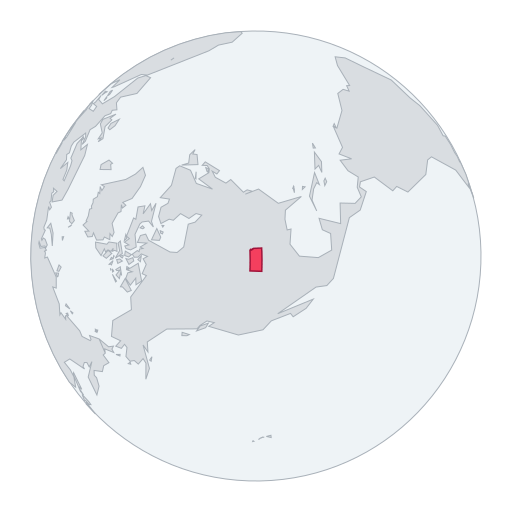 Kansas highlighted on a globe, orthographic projection, rotated 269°
{"feature_id": "USA-3530", "entity_name": "Kansas", "entity_type": "State", "adm_level": 1, "iso_a3": "USA", "parent_name": "United States of America", "parent_adm1": "", "projection": "orthographic", "projection_center": [-97.125, 38.5], "detail": "fine", "context": "on_globe", "style": "filled", "palette": "rose", "viewbox_px": 512, "rotation_deg": 269, "n_neighbors": 0, "source": "natural_earth", "source_scale": "10m", "svg_char_len": 11135}
<svg xmlns="http://www.w3.org/2000/svg" viewBox="0 0 512 512"><g transform="rotate(269 256 256)"><circle cx="256" cy="256" r="225" fill="#eef3f6" stroke="#a8b0b8"/><path d="M310.0,474.7L310.6,474.6L316.1,473.0L312.6,473.8L324.8,469.2L319.6,471.0L327.7,465.0L338.4,457.2L352.1,433.2L349.1,429.3L334.5,427.2L317.3,409.0L323.1,397.9L318.8,393.9L332.9,375.7L328.4,361.7L323.2,360.7L318.5,367.4L300.1,361.0L292.7,350.0L232.2,333.0L225.2,326.3L223.9,315.5L197.9,276.7L211.9,312.5L202.8,305.2L194.6,292.1L198.0,289.5L190.9,270.2L182.1,261.7L177.3,237.0L186.5,207.5L190.1,213.1L191.9,205.8L187.5,198.7L184.2,195.8L184.5,165.5L172.0,145.8L161.9,146.3L169.0,141.5L145.5,147.5L134.7,143.7L150.8,144.1L155.4,141.3L150.0,136.4L153.6,132.5L153.0,128.2L157.8,124.2L166.8,125.4L170.0,123.0L166.0,119.8L168.3,114.2L173.6,119.2L178.1,110.1L194.0,111.7L204.5,130.5L217.2,130.0L238.3,146.1L240.3,141.9L249.5,146.1L255.2,143.1L257.5,147.5L260.1,141.4L256.9,138.0L256.9,134.3L260.0,132.4L263.5,137.4L262.4,139.1L265.0,139.7L265.5,143.1L267.0,140.3L270.8,147.0L271.6,137.7L278.5,140.8L279.8,146.1L273.6,148.9L261.5,170.1L260.9,177.2L266.3,183.9L289.0,188.8L290.9,195.7L297.8,202.5L299.5,196.8L294.7,189.6L299.7,181.3L293.2,174.0L294.3,169.8L290.1,161.5L297.2,159.3L306.4,161.9L310.2,168.9L314.4,170.5L316.0,161.3L328.2,172.7L345.0,177.6L347.5,181.3L342.9,192.0L329.6,197.6L323.6,213.7L334.1,200.1L340.1,210.3L343.8,210.9L347.3,208.8L347.6,203.8L351.0,206.9L342.0,221.0L338.7,218.3L341.6,213.7L335.4,216.7L329.4,227.2L332.9,232.1L320.0,244.5L322.3,248.3L320.8,253.5L318.0,246.4L322.9,259.7L308.3,279.2L314.7,302.4L301.3,286.2L292.2,285.6L281.5,287.6L282.4,291.5L267.2,290.2L255.1,299.4L253.3,318.3L260.6,331.8L277.2,331.0L281.1,322.8L292.6,319.7L286.9,341.2L307.5,341.0L306.9,356.0L313.3,362.3L323.0,358.4L333.2,359.6L339.6,349.5L350.3,341.8L351.5,353.3L356.6,340.8L363.1,344.4L383.7,335.8L382.4,339.1L400.0,344.5L417.1,340.6L421.1,346.0L419.2,352.0L424.7,349.6L424.8,352.6L445.0,340.8L453.8,338.6L452.5,348.6L443.0,367.3L429.6,394.3L411.3,412.9L403.4,422.5L383.5,439.8L372.9,445.2L372.6,447.3L364.0,452.6L356.1,456.3L352.0,459.0L346.0,461.5L348.0,461.2L334.5,467.1L334.0,467.3L310.0,474.7ZM74.2,268.0L75.4,263.2L76.5,267.8L74.2,268.0ZM74.8,259.3L74.7,261.1L74.5,259.3L74.8,259.3ZM73.9,257.3L74.6,258.7L73.6,257.6L73.9,257.3ZM72.4,255.3L73.3,256.2L73.1,256.3L72.4,255.3ZM314.9,310.5L338.4,316.0L326.3,320.6L328.3,318.0L322.1,314.8L311.0,313.0L300.0,317.5L314.9,310.5ZM70.8,250.7L70.5,249.4L71.4,249.8L70.8,250.7ZM322.6,295.5L318.6,295.5L322.4,294.5L322.6,295.5ZM182.1,195.3L187.0,199.0L189.7,207.2L185.2,204.4L182.1,195.3ZM177.7,180.5L181.0,180.8L178.6,188.0L177.5,185.5L177.7,180.5ZM153.8,147.8L157.1,150.2L152.6,149.3L153.8,147.8ZM152.1,128.3L150.0,128.9L150.6,126.4L152.1,128.3ZM286.5,163.3L288.3,162.4L288.1,164.4L286.5,163.3ZM283.0,160.7L281.6,163.6L279.7,162.8L280.6,161.0L283.0,160.7ZM158.4,118.2L160.0,114.3L160.0,118.4L158.4,118.2ZM285.2,157.3L276.5,161.1L273.3,159.7L274.0,151.8L285.2,157.3ZM162.0,112.1L165.8,103.1L161.5,103.6L175.8,97.7L167.8,107.0L168.4,111.9L165.4,110.3L162.0,112.1ZM254.5,137.8L258.1,141.3L252.3,140.3L254.5,137.8ZM250.8,138.1L233.0,141.2L229.3,135.5L236.0,135.4L229.0,129.8L235.9,125.4L241.4,127.5L242.4,132.0L244.3,127.0L250.8,138.1ZM183.1,96.1L185.3,94.3L184.7,96.5L183.1,96.1ZM256.5,132.8L253.2,133.7L249.8,128.8L255.7,125.9L254.9,128.4L256.5,132.8ZM223.7,130.7L222.2,126.7L227.4,122.0L227.6,119.9L235.8,124.8L223.7,130.7ZM257.3,128.6L258.8,124.7L263.2,125.4L259.5,131.5L257.3,128.6ZM246.4,128.7L245.1,126.3L247.7,126.7L246.4,128.7ZM279.7,126.2L275.9,127.2L273.7,124.6L279.7,126.2ZM259.1,123.2L257.6,123.0L256.3,122.2L258.2,119.9L259.1,123.2ZM238.9,121.3L241.4,120.3L235.8,119.0L239.5,115.7L244.3,119.7L243.8,116.6L244.9,115.6L247.6,120.1L238.9,121.3ZM256.3,115.3L263.7,119.7L271.3,118.4L273.4,120.6L260.8,122.4L256.3,115.3ZM251.0,117.7L254.8,116.6L255.4,119.7L253.3,122.3L251.0,117.7ZM240.2,112.1L233.3,116.1L232.5,115.2L240.2,112.1ZM258.4,114.2L256.6,113.2L258.9,113.8L258.4,114.2ZM245.7,112.0L243.4,113.5L242.5,112.3L245.7,112.0ZM254.9,110.1L257.2,111.4L255.8,113.2L254.9,110.1ZM250.5,110.4L249.9,108.5L253.9,113.0L249.6,111.3L250.5,110.4ZM245.2,110.7L244.0,110.5L246.3,110.2L245.2,110.7ZM258.8,103.0L264.2,108.2L261.1,111.9L256.3,106.3L258.8,103.0ZM401.4,84.0L404.5,86.6L401.4,84.5L383.0,70.1L374.0,64.1L388.1,73.5L401.4,84.0ZM366.4,59.6L370.5,62.5L361.7,57.8L371.6,63.6L371.4,63.0L377.5,66.9L378.1,67.8L375.0,65.9L378.2,68.8L392.2,77.8L393.6,78.1L405.3,89.0L408.6,90.8L413.6,95.6L409.8,94.3L406.3,91.7L403.5,95.8L408.3,99.3L411.2,96.0L412.6,98.2L419.2,103.9L415.3,101.4L410.8,105.1L417.9,117.4L436.0,140.9L438.3,149.0L436.1,153.7L420.6,139.8L417.2,123.4L411.6,119.1L404.6,119.5L404.2,114.8L400.9,113.2L398.9,107.5L388.4,97.8L385.2,92.3L373.8,87.4L370.6,84.2L378.3,87.8L381.9,87.8L373.0,75.8L369.1,73.2L362.4,71.2L360.8,68.5L355.5,68.2L346.8,61.9L352.9,69.5L345.2,68.3L335.9,64.3L334.5,65.5L349.5,72.2L354.5,73.7L357.1,72.6L371.6,79.1L376.3,83.6L365.2,82.7L370.5,89.4L359.5,86.5L325.7,69.1L315.3,63.0L313.6,53.1L320.2,54.2L324.1,58.2L327.3,54.7L323.8,54.9L322.4,52.9L314.7,52.0L313.4,50.6L308.3,52.3L305.8,50.5L309.1,49.5L295.6,47.4L288.5,44.4L286.1,44.7L285.5,45.8L276.9,41.7L275.4,42.2L277.7,43.6L276.4,45.5L270.7,47.5L268.0,46.0L269.7,45.0L269.3,41.1L274.2,39.4L272.5,39.0L267.6,40.2L268.2,44.9L265.5,46.6L264.3,44.1L264.5,45.1L262.3,45.5L257.7,44.7L258.6,47.4L238.4,55.9L227.4,55.7L228.6,52.2L211.6,58.4L200.6,58.9L202.7,60.0L196.0,64.6L199.4,64.4L199.9,65.4L184.3,78.4L178.6,80.7L174.3,88.8L175.4,89.6L179.4,88.2L175.8,97.7L161.5,103.6L159.7,101.5L151.9,107.1L149.0,101.8L143.1,100.4L144.4,92.1L139.6,92.2L137.1,94.5L128.6,96.8L119.8,94.5L137.9,86.1L153.3,90.1L148.0,87.3L152.4,85.1L152.5,82.5L148.5,81.1L146.0,82.6L156.3,68.0L153.1,62.5L145.4,68.4L138.4,71.8L128.0,73.4L132.9,67.3L146.9,58.9L161.5,51.5L176.6,45.2L192.1,40.0L208.0,35.9L224.1,33.0L240.4,31.3L256.7,30.7L273.1,31.4L289.4,33.2L305.4,36.2L321.3,40.4L336.7,45.7L351.8,52.1L366.4,59.6ZM479.7,229.5L480.6,244.7L479.0,246.1L470.2,235.9L467.5,222.1L462.0,212.5L438.8,150.6L439.5,144.5L427.6,117.1L427.1,115.1L434.6,123.0L430.6,113.6L422.1,103.9L420.1,101.6L430.6,113.6L440.2,126.3L448.9,139.7L456.7,153.6L463.4,168.0L469.1,182.9L473.7,198.2L477.3,213.7L479.7,229.5ZM453.3,174.3L455.5,177.5L453.3,174.3ZM336.0,45.4L336.6,45.6L338.5,46.4L336.0,45.4ZM384.3,335.3L387.0,336.5L383.8,338.0L384.3,335.3ZM325.2,326.0L329.9,325.2L332.6,326.5L329.1,328.0L325.2,326.0ZM362.9,315.1L367.9,314.4L363.0,317.3L362.9,315.1ZM341.9,316.5L358.9,316.2L349.2,323.1L338.4,323.3L345.5,320.2L341.9,316.5ZM321.7,303.5L324.8,303.7L324.3,306.3L321.7,303.5ZM325.3,294.8L324.2,295.3L322.4,293.7L325.3,294.8ZM340.6,209.5L341.4,208.5L345.3,207.3L344.1,209.8L340.6,209.5ZM358.4,191.5L363.5,197.0L359.1,194.6L358.5,198.8L348.4,199.6L348.2,183.2L350.1,190.3L358.4,191.5ZM334.8,196.7L341.3,197.6L334.2,197.3L334.8,196.7ZM384.8,112.0L386.6,110.3L391.1,113.3L395.1,121.7L388.7,117.3L384.8,112.0ZM388.1,107.4L376.0,105.0L373.0,100.2L376.7,103.2L375.9,100.3L381.8,104.4L390.8,102.7L395.3,105.3L400.3,118.5L396.2,112.5L394.6,114.3L388.1,107.4ZM350.2,112.3L344.9,112.6L345.2,101.6L350.1,102.7L354.5,110.7L351.2,114.2L350.2,112.3ZM288.2,143.1L286.2,144.8L285.2,143.3L286.2,140.6L288.2,143.1ZM278.1,126.9L296.2,134.3L294.8,136.5L307.1,138.9L308.1,145.8L300.1,143.9L310.1,151.4L303.3,152.5L310.5,157.0L292.5,152.1L286.8,153.9L292.8,149.2L292.0,142.7L290.0,140.4L279.8,135.4L267.1,136.4L264.3,130.6L265.7,126.2L268.3,125.0L269.3,129.1L272.1,124.7L275.6,129.7L278.1,126.9ZM283.7,85.3L283.8,89.3L290.0,83.6L293.5,87.6L294.0,86.7L298.9,89.0L305.7,90.4L306.4,92.6L308.8,92.3L312.1,94.0L315.6,94.3L318.1,98.5L322.5,99.4L321.2,100.9L328.2,101.4L324.1,103.0L328.0,105.7L329.9,102.7L334.8,127.1L340.0,136.9L346.6,144.5L338.6,146.9L327.4,141.7L315.7,133.1L311.9,123.7L309.0,126.8L306.3,123.3L309.7,122.3L302.8,121.8L301.5,118.8L291.1,112.7L282.0,114.5L278.0,112.6L280.9,110.4L274.9,110.1L277.6,104.7L274.8,103.3L274.7,96.9L282.0,93.9L278.3,92.6L278.0,88.1L283.7,85.3ZM259.1,101.1L266.9,96.0L272.7,95.8L270.4,107.1L272.6,109.1L271.3,116.9L263.0,117.1L264.1,114.8L263.3,112.7L266.2,113.4L263.2,111.2L264.7,108.1L262.8,105.6L265.8,104.5L259.1,101.1ZM422.8,110.0L421.8,108.0L419.3,104.5L423.4,108.3L422.8,110.0ZM420.1,112.5L418.6,110.2L423.2,113.2L424.3,115.5L420.1,112.5ZM413.9,106.6L418.2,109.8L416.5,109.4L413.9,106.6ZM376.5,85.8L374.4,83.5L375.7,83.7L378.6,85.3L376.5,85.8ZM302.9,71.2L302.0,73.0L300.4,72.7L294.6,75.0L291.5,72.4L293.9,70.1L302.9,71.2ZM413.1,94.8L410.2,91.8L414.2,95.8L413.1,94.8ZM298.6,68.8L296.5,70.0L296.3,68.1L298.6,68.8ZM289.0,70.8L288.0,68.6L290.5,72.4L289.0,70.8ZM269.6,52.5L281.2,51.7L287.5,50.3L287.8,47.7L292.3,51.4L282.5,53.5L269.6,52.5ZM242.6,55.5L242.3,58.3L239.1,57.7L238.7,57.0L242.6,55.5ZM244.7,56.7L250.5,58.9L248.3,61.0L244.1,58.7L244.7,56.7ZM274.9,62.7L278.6,62.5L278.7,64.0L274.9,62.7ZM110.9,83.7L111.3,83.3L108.3,86.2L112.5,83.3L111.9,84.5L106.3,88.6L100.8,92.7L102.9,90.8L110.9,83.7ZM114.5,82.0L120.6,79.7L113.3,86.3L110.3,88.3L110.6,86.4L114.4,83.0L114.5,82.0ZM120.0,81.2L123.8,78.1L140.8,71.2L142.6,71.6L125.7,79.5L128.4,77.0L125.5,77.8L120.0,81.2ZM183.4,93.8L185.1,94.3L182.6,95.2L183.4,93.8ZM201.9,65.2L202.2,66.7L199.2,67.4L201.9,65.2ZM201.4,71.3L204.5,69.4L202.3,72.0L201.4,71.3ZM211.4,65.3L206.3,69.0L209.6,64.6L211.4,65.3Z" fill="#d9dde1" stroke="#a8b0b8" stroke-width="1"/><path d="M240.6,261.5L240.6,261.1L240.6,260.7L240.6,260.4L240.7,260.0L240.7,259.6L240.7,259.3L240.7,258.9L240.7,258.5L240.7,258.2L240.8,257.8L240.8,257.4L240.8,257.1L240.8,256.7L240.8,256.3L240.9,256.0L240.9,255.6L240.9,255.2L240.9,254.9L240.9,254.5L241.0,254.1L241.0,253.8L241.0,253.4L241.0,253.0L241.0,252.7L241.0,252.3L241.1,251.9L241.1,251.5L241.1,251.2L241.1,250.8L241.1,250.4L241.2,250.1L241.2,249.7L241.9,249.7L242.5,249.8L243.1,249.8L243.8,249.8L244.4,249.9L245.0,249.9L245.7,249.9L246.3,249.9L246.9,250.0L247.6,250.0L248.2,250.0L248.8,250.0L249.5,250.0L250.1,250.0L250.7,250.1L251.3,250.1L252.0,250.1L252.6,250.1L253.2,250.1L253.9,250.1L254.5,250.1L255.1,250.1L255.8,250.1L256.4,250.1L257.0,250.1L257.7,250.1L258.3,250.1L258.9,250.1L259.6,250.1L260.2,250.1L260.8,250.1L261.4,250.0L261.6,250.2L261.7,250.3L261.8,250.3L262.0,250.4L262.0,250.5L262.3,250.5L262.4,250.4L262.5,250.4L262.6,250.5L262.8,250.7L262.8,250.8L262.8,251.0L262.7,251.1L262.4,251.3L262.3,251.5L262.2,251.7L262.1,251.8L262.3,252.0L262.5,252.2L262.6,252.3L262.8,252.4L262.7,252.5L262.8,252.7L262.8,252.8L263.0,252.9L263.0,253.0L263.3,253.3L263.5,253.3L263.6,253.5L263.7,253.8L263.7,254.3L263.7,254.8L263.7,255.3L263.7,255.8L263.7,256.3L263.7,256.8L263.7,257.3L263.8,257.8L263.8,258.3L263.8,258.8L263.8,259.3L263.8,259.8L263.8,260.3L263.8,260.8L263.9,261.3L263.9,261.8L263.1,261.8L262.4,261.8L261.7,261.8L261.0,261.9L260.2,261.9L259.5,261.9L258.8,261.9L258.1,261.9L257.3,261.9L256.6,261.9L255.9,261.9L255.2,261.9L254.4,261.9L253.7,261.9L253.0,261.9L252.3,261.9L251.5,261.9L250.8,261.9L250.1,261.8L249.4,261.8L248.6,261.8L247.9,261.8L247.2,261.8L246.5,261.7L245.7,261.7L245.0,261.7L244.3,261.7L243.6,261.6L242.8,261.6L242.1,261.6L241.4,261.5L240.6,261.5Z" fill="#f43f5e" stroke="#9f1239" stroke-width="1.5"/></g></svg>